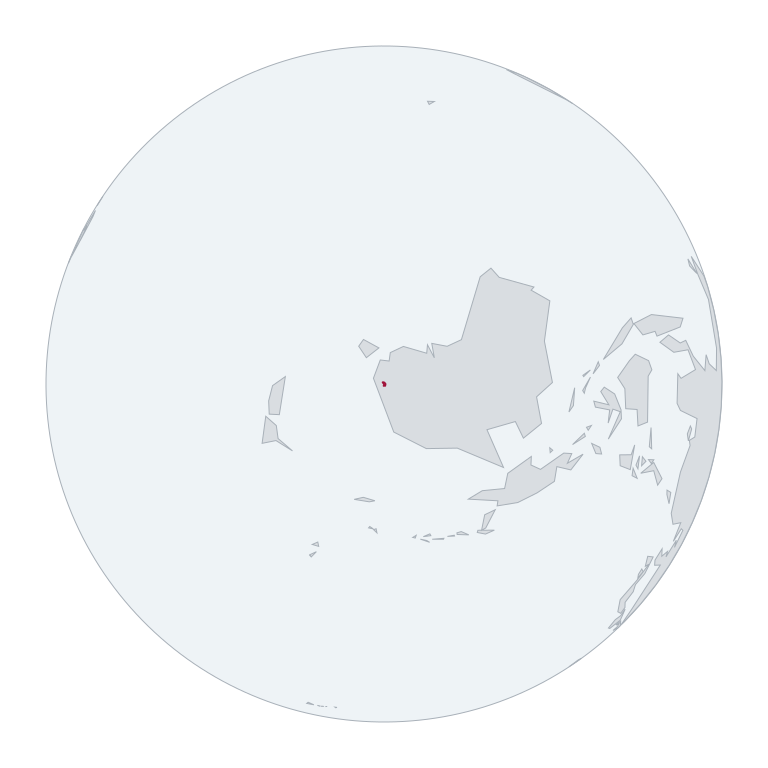 globe centered on Australian Capital Territory, rotated 140°
{"feature_id": "AUS-2653", "entity_name": "Australian Capital Territory", "entity_type": "Territory", "adm_level": 1, "iso_a3": "AUS", "parent_name": "Australia", "parent_adm1": "", "projection": "orthographic", "projection_center": [149.061, -35.53], "detail": "fine", "context": "on_globe", "style": "filled", "palette": "rose", "viewbox_px": 768, "rotation_deg": 140, "n_neighbors": 0, "source": "natural_earth", "source_scale": "10m", "svg_char_len": 5722}
<svg xmlns="http://www.w3.org/2000/svg" viewBox="0 0 768 768"><g transform="rotate(140 384 384)"><circle cx="384" cy="384" r="338" fill="#eef3f6" stroke="#a8b0b8"/><path d="M550.9,298.3L551.0,300.8L550.5,300.9L550.9,298.3ZM514.1,695.9L516.3,694.6L508.8,697.3L512.7,695.5L514.8,694.2L512.4,694.7L527.7,687.9L540.9,682.7L541.9,682.7L547.2,679.8L548.3,679.3L514.1,695.9ZM646.7,189.0L643.9,183.3L648.5,189.0L646.7,189.0ZM640.3,178.5L641.6,180.7L640.1,178.6L640.3,178.5ZM637.8,176.1L639.6,177.8L637.8,176.3L637.8,176.1ZM634.8,173.5L636.3,174.6L634.8,173.5ZM629.3,168.0L627.9,166.5L629.1,167.0L629.3,168.0ZM499.4,699.3L525.1,688.9L511.9,694.7L509.4,696.9L493.5,702.4L499.4,699.3ZM481.8,707.4L478.8,708.4L482.7,707.1L489.2,705.0L482.5,707.2L481.8,707.4ZM424.1,48.5L412.6,47.8L409.0,47.0L424.1,48.5ZM352.7,47.5L356.3,47.4L340.1,51.9L288.7,67.7L293.2,71.2L289.6,74.9L276.9,79.0L281.9,73.5L274.4,73.5L279.1,70.3L260.5,76.4L266.5,72.1L249.1,79.8L249.3,82.0L263.5,77.5L245.8,87.0L252.8,90.8L247.1,100.3L213.5,126.0L189.1,140.1L186.3,144.5L180.0,143.6L166.4,156.3L173.9,173.2L171.9,180.8L152.3,203.0L152.8,197.4L136.1,194.8L129.1,214.8L141.6,222.0L145.8,238.6L134.5,238.7L130.7,225.0L124.8,223.5L129.2,206.5L129.6,188.0L118.4,199.4L121.9,190.4L120.8,180.7L106.2,197.7L81.1,240.2L73.2,266.0L66.6,284.3L69.5,261.1L73.5,250.6L83.8,228.8L95.7,207.7L109.0,187.6L123.7,168.5L139.8,150.4L157.1,133.6L175.6,118.0L195.1,103.8L215.6,91.0L236.9,79.8L259.0,70.0L281.8,61.9L305.0,55.4L328.7,50.6L352.7,47.5ZM163.9,568.1L169.7,569.1L168.9,572.6L163.9,568.1ZM59.2,477.4L61.6,484.5L84.3,536.9L88.2,546.3L82.7,536.9L78.9,529.4L68.0,503.8L59.2,477.4ZM216.9,262.1L226.3,261.3L226.1,262.8L216.9,262.1ZM207.0,259.7L217.3,257.4L205.6,263.3L207.0,259.7ZM221.4,256.6L232.0,251.5L236.5,248.2L236.0,251.3L221.4,256.6ZM200.2,261.8L165.3,273.8L152.2,275.8L154.7,269.4L175.9,261.8L200.2,261.8ZM153.7,269.7L134.5,265.3L112.7,242.2L120.4,237.3L144.1,245.2L142.5,250.1L154.1,255.2L153.7,269.7ZM202.5,225.6L200.8,238.8L181.0,244.1L172.4,245.3L166.3,231.8L169.7,222.7L176.6,220.2L206.6,185.4L216.4,188.6L206.5,201.8L214.7,209.7L202.5,225.6ZM73.3,267.5L74.0,278.0L70.8,284.5L73.3,267.5ZM221.1,165.4L207.4,179.0L220.6,162.3L221.1,165.4ZM230.3,151.3L230.0,156.1L226.0,152.5L230.3,151.3ZM183.7,150.8L176.3,154.9L177.2,151.8L187.4,144.8L183.7,150.8ZM242.6,109.1L238.3,117.5L235.4,120.8L234.0,116.6L242.6,109.1ZM483.9,427.8L491.3,434.7L483.2,445.2L470.4,454.4L454.8,453.1L483.9,427.8ZM371.1,431.3L364.7,414.9L380.6,415.5L379.1,429.2L371.1,431.3ZM493.2,421.4L500.2,410.3L497.1,391.6L503.1,410.1L515.5,416.9L495.3,435.3L493.2,421.4ZM296.2,368.2L241.4,404.3L227.6,404.0L227.2,391.6L206.8,361.9L211.0,361.3L203.5,341.1L233.6,313.7L254.0,276.9L275.4,276.1L288.7,252.5L312.0,252.9L307.5,270.8L334.5,282.8L346.1,243.2L369.1,287.8L393.1,307.3L407.4,340.9L388.4,395.2L371.4,404.8L365.3,398.3L359.0,404.0L345.0,400.3L331.5,380.1L325.5,386.1L328.6,371.7L321.3,384.4L311.4,372.3L296.2,368.2ZM466.0,300.4L471.0,303.2L481.0,314.8L472.7,310.5L466.0,300.4ZM538.4,301.6L542.1,307.2L536.3,305.5L538.4,301.6ZM550.5,300.9L543.6,299.0L550.9,298.3L550.5,300.9ZM485.3,279.8L488.3,283.7L486.5,284.0L485.3,279.8ZM483.1,278.2L485.1,274.5L485.6,279.1L483.1,278.2ZM456.6,247.4L459.1,245.9L460.6,248.0L456.6,247.4ZM240.3,258.6L252.8,245.7L260.3,243.7L240.3,258.6ZM452.0,241.8L445.2,239.7L445.6,237.7L452.0,241.8ZM451.9,236.7L450.8,233.4L455.9,241.8L451.9,236.7ZM438.2,226.8L446.9,234.1L437.3,227.3L438.2,226.8ZM433.4,226.5L427.4,223.0L427.7,222.2L433.4,226.5ZM371.8,221.3L393.4,241.6L377.3,239.1L358.8,226.4L346.6,236.0L317.7,233.8L323.5,227.5L319.0,218.0L290.7,215.5L284.9,210.0L294.5,205.4L276.6,202.3L296.1,198.1L304.7,209.6L316.0,199.9L336.7,202.2L357.7,207.2L375.7,217.9L371.8,221.3ZM297.3,224.8L300.8,224.6L298.0,228.6L297.3,224.8ZM416.0,213.9L424.7,221.7L423.8,223.1L419.7,221.3L416.0,213.9ZM379.6,216.2L398.6,208.3L403.3,209.2L390.9,219.1L379.6,216.2ZM393.4,201.1L402.7,203.8L408.0,210.3L406.1,211.6L393.4,201.1ZM257.3,217.3L256.7,220.7L251.8,218.9L257.3,217.3ZM263.5,214.4L278.5,216.4L262.2,217.5L263.5,214.4ZM220.8,210.9L224.8,217.6L237.4,210.0L227.8,219.1L236.9,230.4L234.3,236.0L225.1,223.5L222.8,238.9L217.3,240.0L213.7,228.1L219.0,211.9L224.5,204.7L247.6,197.6L220.8,210.9ZM263.1,205.0L259.3,196.7L262.3,190.5L266.4,194.5L263.1,205.0ZM249.0,178.2L240.1,170.9L231.1,176.2L250.4,160.1L255.6,169.6L249.0,178.2ZM243.1,159.9L234.4,164.7L244.0,155.8L243.1,159.9ZM232.8,162.2L233.0,156.4L239.2,155.8L232.8,162.2ZM247.3,159.4L250.7,149.0L252.9,154.3L247.3,159.4ZM233.1,144.2L244.7,150.6L227.8,150.5L231.9,132.8L239.4,130.6L233.1,144.2ZM305.4,76.6L306.2,73.7L314.3,72.2L311.5,74.6L305.4,76.6ZM341.7,67.0L316.8,71.0L297.0,75.7L301.0,76.4L292.7,82.5L289.0,78.5L306.1,71.1L320.3,68.7L326.6,64.7L339.6,61.8L343.1,57.9L350.1,56.2L351.3,59.2L341.7,67.0ZM344.0,56.5L354.8,51.2L368.2,51.6L368.9,52.8L358.3,54.8L351.8,54.4L344.0,56.5ZM362.1,46.8L367.0,48.0L361.4,48.1L358.3,49.2L361.3,50.3L355.2,50.1L358.1,47.1L361.8,46.8L362.1,46.8Z" fill="#d9dde1" stroke="#a8b0b8" stroke-width="1"/><path d="M384.3,381.7L384.6,381.9L384.6,382.0L384.8,382.2L384.9,382.3L384.9,382.5L385.2,382.6L385.3,382.6L385.6,382.8L385.5,383.0L385.4,383.0L385.0,382.9L385.0,383.0L384.9,383.0L384.7,383.1L384.5,383.3L384.4,383.4L384.4,383.5L384.4,383.8L384.4,384.0L384.3,384.3L384.2,384.4L384.1,384.5L384.2,384.9L384.2,385.1L384.2,385.4L384.2,385.5L384.2,385.8L384.2,386.0L384.0,386.3L383.9,386.3L383.7,386.2L383.4,386.1L383.3,385.8L383.2,385.7L383.2,385.4L383.2,385.2L383.0,385.3L382.9,385.3L382.7,385.1L382.7,384.9L382.6,384.7L382.7,384.4L382.6,384.1L382.6,383.9L382.7,383.5L382.7,383.4L382.8,383.2L382.7,383.0L382.8,382.9L382.9,382.7L383.4,382.3L384.2,381.7L384.3,381.7Z" fill="#f43f5e" stroke="#9f1239" stroke-width="1.5"/></g></svg>